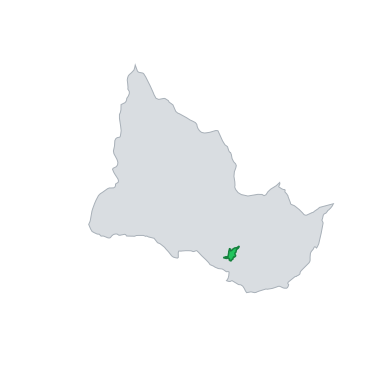 location of Nana-Bakassa, Ouham, Central African Republic, rotated 231°
{"feature_id": "33826404B64832249251388", "entity_name": "Nana-Bakassa", "entity_type": "district", "adm_level": 2, "iso_a3": "CAF", "parent_name": "Central African Republic", "parent_adm1": "Ouham", "projection": "robinson", "projection_center": [17.392, 6.939], "detail": "fine", "context": "in_parent", "style": "filled", "palette": "green", "viewbox_px": 384, "rotation_deg": 231, "n_neighbors": 0, "source": "geoboundaries", "source_scale": "gbopen_adm2", "svg_char_len": 5355}
<svg xmlns="http://www.w3.org/2000/svg" viewBox="0 0 384 384"><g transform="rotate(231 192 192)"><path d="M256.5,143.6L259.6,144.5L260.1,145.6L259.3,149.1L259.9,151.2L261.6,153.0L263.4,153.8L265.0,154.3L270.8,155.4L273.3,156.7L276.5,160.7L280.5,164.4L281.4,166.4L281.3,168.1L280.1,170.3L280.3,171.2L282.1,173.3L284.2,175.5L288.1,178.0L294.8,181.9L297.9,184.4L298.9,186.4L300.6,188.5L303.0,190.5L304.6,191.9L303.6,196.2L303.9,197.6L304.5,198.8L305.9,200.4L306.5,202.6L307.9,205.2L309.5,206.5L312.3,206.9L313.7,208.2L316.8,210.3L319.7,212.1L320.9,213.4L321.7,214.5L322.4,215.8L322.7,217.2L322.8,220.0L323.3,223.6L324.9,226.0L326.4,227.8L320.4,225.7L319.5,225.7L318.5,226.0L315.4,228.6L314.4,228.9L310.4,228.4L300.9,226.3L293.6,224.4L291.4,223.7L287.5,223.0L284.9,224.4L282.5,228.9L281.8,229.8L278.0,231.1L276.2,230.8L271.7,232.0L264.9,230.1L262.5,230.5L260.6,231.5L255.7,233.5L252.7,234.7L249.3,235.8L246.0,237.4L243.8,238.3L241.6,238.3L239.7,237.3L237.6,236.6L235.0,236.4L232.4,236.9L230.1,238.7L229.2,240.0L227.2,243.4L224.9,249.0L224.0,250.1L223.2,250.7L212.5,247.9L208.0,247.3L204.9,248.1L201.0,246.6L199.3,246.3L198.5,246.8L196.3,246.1L192.8,244.2L189.4,243.4L186.4,243.6L184.6,243.0L183.1,241.1L181.1,237.7L177.7,234.4L173.0,231.7L170.1,229.6L169.0,228.3L166.5,227.5L162.6,227.4L159.0,228.7L153.7,232.9L148.8,241.6L146.0,244.9L143.8,245.7L143.3,247.8L144.4,251.1L144.7,254.9L143.9,261.4L144.2,266.1L143.0,265.4L141.9,263.2L141.4,262.7L138.1,263.7L136.4,264.6L135.6,265.5L134.9,265.6L133.8,264.4L133.0,264.2L131.8,264.4L130.5,264.4L129.6,264.2L129.1,264.3L127.5,263.6L121.9,261.8L121.0,261.2L119.9,261.3L117.0,262.9L115.5,263.3L110.8,264.3L105.9,264.8L104.0,264.8L102.7,265.5L101.9,266.5L100.4,272.5L99.9,273.5L100.0,275.0L99.6,279.8L99.8,281.3L93.9,294.5L92.9,292.3L92.3,289.7L92.0,286.8L92.2,286.0L91.8,285.1L91.3,282.7L91.8,281.1L91.4,279.5L90.2,277.9L89.2,276.7L88.6,275.6L88.1,275.1L86.9,274.9L85.4,274.4L78.8,266.6L72.0,257.9L70.6,255.1L70.1,253.5L71.7,253.3L72.2,253.0L72.2,252.2L71.2,250.0L70.7,247.2L69.8,245.4L67.1,242.8L64.6,240.8L63.8,239.7L63.3,238.2L62.3,228.8L61.9,226.2L61.1,225.0L60.5,224.5L60.3,223.8L60.4,222.1L60.8,220.6L60.7,220.0L61.4,218.7L61.4,210.0L60.6,208.8L59.1,208.8L58.3,207.6L57.6,206.0L57.8,204.8L59.3,203.1L60.3,202.4L63.2,201.0L64.0,200.3L64.5,199.4L64.8,198.3L66.5,193.8L69.0,189.4L70.1,188.4L72.7,181.9L73.3,180.2L73.7,178.5L74.5,177.2L77.3,175.0L79.4,171.1L81.6,171.3L83.9,171.9L86.9,172.2L89.2,171.5L90.8,169.9L98.0,167.3L98.5,165.2L99.6,164.1L101.0,163.2L101.4,163.0L101.5,163.7L102.3,165.9L104.0,168.1L106.4,170.4L107.1,170.3L108.5,168.5L112.3,167.4L113.3,166.9L115.9,164.3L119.1,162.6L121.0,162.0L124.2,160.3L126.6,160.5L130.3,160.2L136.4,159.4L140.9,159.1L143.2,158.8L143.7,158.5L144.6,155.9L145.3,155.2L147.0,154.2L150.2,150.4L152.4,147.2L153.1,146.0L153.5,145.8L154.4,144.5L153.5,143.1L149.8,140.2L149.9,139.9L149.7,139.4L149.9,139.0L151.3,137.8L153.2,136.5L155.2,136.0L160.4,136.1L164.9,135.8L166.0,135.9L169.5,135.2L171.9,134.6L174.3,133.3L179.9,133.4L184.5,129.9L185.9,129.3L186.5,128.8L186.6,128.2L188.8,126.9L191.2,124.0L193.2,121.4L193.7,119.6L198.9,113.5L200.7,113.6L201.6,112.9L203.7,108.8L204.4,108.0L206.5,107.3L207.5,106.1L208.4,104.3L208.4,102.1L208.0,100.3L208.0,99.4L208.5,98.6L209.3,97.8L213.3,95.6L214.3,94.5L214.9,93.6L216.0,93.4L217.3,93.5L218.0,92.9L218.9,91.9L221.7,90.5L224.2,89.5L226.9,89.9L231.8,91.3L233.3,94.2L234.0,95.2L240.0,102.1L241.2,103.8L244.2,108.8L246.0,112.2L248.1,117.1L248.4,119.7L248.1,122.0L247.7,128.4L247.2,130.2L244.5,133.7L244.4,135.3L245.0,136.5L245.8,137.1L246.3,137.7L246.0,140.7L246.9,141.9L248.9,142.7L253.9,143.2L256.5,143.6Z" fill="#d9dde1" stroke="#a8b0b8" stroke-width="1"/><path d="M114.5,178.4L114.0,178.9L113.9,179.2L114.0,179.4L114.1,179.6L114.1,179.8L114.2,180.1L114.2,180.3L114.4,180.7L114.4,180.8L114.3,181.1L114.2,181.2L114.1,181.4L114.2,181.5L114.4,181.7L114.5,181.8L114.7,182.2L114.8,182.3L114.8,182.6L115.0,183.0L115.0,183.3L115.3,183.5L115.2,183.8L114.8,183.9L114.7,184.6L114.8,185.4L114.9,185.7L115.2,185.9L115.7,186.1L116.2,186.1L116.5,186.2L116.8,186.3L117.1,186.6L117.5,186.9L117.5,187.7L117.6,188.2L117.9,188.6L118.6,189.5L118.9,189.7L119.0,190.1L119.2,190.5L119.3,190.8L119.3,191.0L119.2,191.3L119.2,191.7L119.2,192.0L119.2,192.4L119.4,192.6L119.3,193.0L119.7,193.9L119.8,194.1L120.0,194.3L120.3,194.2L120.3,193.7L120.5,192.7L120.5,192.0L120.6,191.6L121.3,190.6L121.7,189.8L121.8,189.0L121.8,188.0L122.0,187.4L122.1,187.2L121.8,186.9L121.7,186.8L121.7,186.6L121.7,186.4L121.8,186.2L121.9,185.8L121.9,185.6L121.9,185.4L121.8,185.1L122.1,185.0L122.4,185.0L122.5,185.0L122.8,185.2L123.0,185.3L123.3,185.5L123.5,185.7L124.0,185.8L124.3,185.5L124.2,185.3L124.1,185.1L123.9,184.8L123.6,184.7L123.4,184.6L123.3,184.4L122.9,183.4L122.0,182.6L119.2,179.5L119.4,179.2L119.5,179.0L119.3,178.7L119.4,178.2L119.5,178.0L119.7,177.9L119.9,177.9L120.1,177.9L120.3,177.7L120.7,176.8L120.7,176.4L120.7,176.0L120.9,175.9L121.1,175.7L120.9,175.3L120.6,175.4L120.4,175.6L120.2,175.7L120.1,175.9L119.9,176.1L119.7,176.2L119.4,176.3L119.2,176.5L118.9,176.8L118.7,177.0L118.6,177.3L118.4,177.3L118.3,177.5L118.2,177.9L118.1,178.2L117.7,178.7L117.3,178.8L116.7,178.9L116.4,179.0L116.1,178.9L116.1,178.7L116.0,178.3L115.9,178.2L115.6,178.2L115.4,178.3L115.0,178.4L114.8,178.4L114.6,178.4L114.5,178.4Z" fill="#22c55e" stroke="#15803d" stroke-width="1.5"/></g></svg>